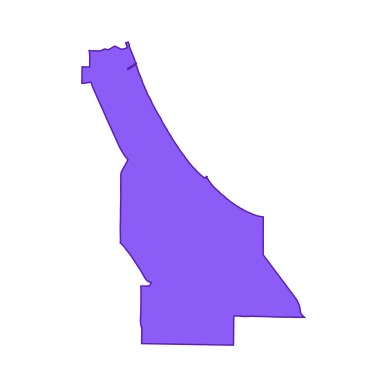 Kingston (Vic.), Victoria, Australia, rotated 172°
{"feature_id": "25037944B58220940224419", "entity_name": "Kingston (Vic.)", "entity_type": "district", "adm_level": 2, "iso_a3": "AUS", "parent_name": "Australia", "parent_adm1": "Victoria", "projection": "albers", "projection_center": [145.1, -38.004], "detail": "fine", "context": "isolated", "style": "filled", "palette": "violet", "viewbox_px": 384, "rotation_deg": 172, "n_neighbors": 0, "source": "geoboundaries", "source_scale": "gbopen_adm2", "svg_char_len": 5996}
<svg xmlns="http://www.w3.org/2000/svg" viewBox="0 0 384 384"><g transform="rotate(172 192 192)"><path d="M124.9,157.4L125.0,157.5L125.4,157.5L126.5,157.8L129.6,158.9L130.4,159.1L130.7,159.3L131.3,159.6L132.0,160.0L132.9,160.4L133.3,160.6L133.6,160.8L134.3,161.0L135.1,161.6L135.7,162.0L138.1,163.5L140.2,164.7L140.5,164.9L141.1,165.3L142.2,166.1L142.9,166.6L143.4,167.0L144.2,167.7L144.5,167.9L144.9,168.1L145.3,168.5L146.3,169.1L146.9,169.7L147.3,170.1L148.3,170.9L148.5,171.1L148.8,171.3L149.9,172.1L150.6,172.8L150.8,173.1L151.6,173.7L151.9,173.9L152.9,174.9L153.2,175.1L154.7,176.5L155.4,177.2L155.5,177.4L156.3,178.0L156.5,178.3L156.6,178.6L156.8,178.8L157.3,179.2L157.5,179.5L158.5,180.5L159.0,180.9L159.4,181.5L159.5,181.7L159.7,181.9L159.8,182.2L160.0,182.4L160.1,182.5L160.4,183.0L160.8,183.3L160.9,183.6L161.2,183.8L161.7,184.2L161.9,184.5L162.1,184.7L162.8,185.4L163.3,185.8L163.6,186.3L164.0,186.6L164.1,187.0L164.3,187.2L164.8,187.7L165.1,188.3L165.4,188.5L165.6,188.7L165.7,188.9L165.9,189.2L166.3,189.7L166.8,190.1L167.2,190.6L167.8,191.4L168.0,191.7L168.1,192.0L168.3,192.2L168.9,192.7L169.4,193.5L169.5,193.8L169.8,194.1L170.0,194.3L170.2,194.6L170.4,194.9L170.6,195.5L170.8,195.8L171.1,196.0L171.3,196.3L171.6,196.8L171.8,197.1L172.0,197.4L172.4,198.4L172.7,199.0L173.3,199.8L173.4,200.1L173.8,200.7L173.9,201.0L173.9,201.3L174.2,202.2L174.6,202.6L174.7,202.9L175.4,203.8L174.9,205.0L175.1,205.1L175.8,203.6L176.0,203.5L176.2,204.0L175.4,205.3L175.6,205.4L176.0,204.7L177.7,204.3L177.8,204.3L178.0,204.4L178.2,204.6L178.4,205.0L178.6,205.2L178.9,205.4L179.1,205.6L180.2,206.7L180.6,207.2L181.2,208.0L181.6,208.5L182.6,209.7L183.0,210.2L183.2,210.4L183.8,211.2L184.4,212.0L184.6,212.2L184.8,212.4L185.4,213.6L185.6,213.9L186.6,215.1L187.0,215.7L187.6,216.4L187.8,216.7L188.1,217.2L188.5,217.8L188.6,218.1L189.0,218.6L189.3,219.1L189.6,219.7L189.9,220.0L190.2,220.5L190.4,220.8L190.7,221.4L190.9,221.6L191.2,222.2L191.3,222.5L191.5,222.8L191.8,223.4L192.3,224.2L192.5,224.4L192.9,225.0L193.4,226.2L193.9,227.1L194.1,227.4L194.2,227.7L194.6,228.6L194.9,229.2L195.2,229.8L195.4,230.0L195.8,230.6L196.1,231.1L196.4,231.7L197.0,232.9L197.5,233.8L198.0,234.6L198.1,234.9L198.3,235.2L198.6,235.8L198.8,236.4L199.1,237.0L199.2,237.4L199.5,238.3L199.9,238.9L200.3,239.8L200.8,240.7L201.3,241.6L201.4,241.8L201.6,242.1L201.8,242.4L202.3,243.7L202.7,244.6L203.0,245.1L203.2,245.3L203.5,246.3L203.9,246.9L204.1,247.5L204.2,247.9L204.6,248.8L204.7,249.1L204.9,249.8L205.2,250.5L205.3,250.8L205.4,251.1L205.8,251.7L206.3,252.5L206.4,252.8L206.7,253.8L207.1,254.4L207.2,254.7L207.4,255.0L207.5,255.7L207.8,256.3L207.9,256.7L208.0,257.0L208.4,258.0L209.0,259.2L209.8,261.1L210.0,261.7L210.1,262.1L210.5,262.6L211.4,264.9L211.7,265.5L212.0,266.9L212.3,267.5L212.4,268.3L212.6,269.0L212.8,269.3L213.2,270.1L213.6,271.1L214.0,272.0L214.4,273.0L214.7,273.6L214.8,273.9L215.0,274.6L215.2,274.9L215.4,275.2L215.6,275.8L215.8,276.5L215.9,276.8L216.2,277.5L216.4,278.1L217.2,280.0L217.5,281.0L217.8,281.7L218.0,282.3L218.3,283.0L218.4,283.3L218.6,283.9L218.9,284.5L219.0,284.8L219.1,285.2L219.3,285.9L219.5,286.6L219.6,287.3L219.7,287.7L219.8,288.1L219.9,288.4L220.1,289.1L220.4,289.7L220.6,290.4L221.1,291.7L221.4,292.3L221.5,292.6L222.0,293.9L222.1,294.3L222.4,294.9L222.7,296.0L222.8,297.0L222.9,297.4L223.1,298.0L223.4,299.1L223.9,300.4L224.1,301.1L224.3,301.8L224.2,302.1L224.4,302.8L224.6,303.2L224.6,303.5L225.0,304.5L225.2,305.2L225.4,305.9L225.5,306.3L225.8,307.8L226.0,308.5L226.1,308.9L226.1,309.4L226.2,309.8L226.2,310.2L226.2,310.6L226.3,311.0L226.6,311.7L226.6,312.1L226.7,312.4L226.9,313.1L227.2,314.7L227.6,315.6L227.9,316.7L228.3,318.2L228.5,319.8L228.6,320.2L228.6,320.6L228.8,321.3L228.9,322.2L229.1,323.7L229.3,324.5L229.4,324.8L229.5,325.2L229.8,325.7L229.8,325.9L229.6,326.0L229.5,326.4L230.9,325.3L232.7,324.8L234.5,323.8L237.8,322.5L238.1,322.3L238.3,322.2L238.7,323.3L236.0,324.4L235.6,324.5L234.8,324.6L234.2,324.9L233.5,325.5L232.2,325.9L231.3,326.6L230.9,326.8L230.4,326.9L230.1,327.0L229.9,327.3L229.8,328.1L229.9,328.4L230.1,328.6L230.3,329.4L230.2,329.9L230.3,330.3L230.5,331.0L230.5,331.4L230.7,332.1L230.7,332.5L231.0,333.6L231.4,334.7L231.5,335.4L231.8,336.5L232.0,337.2L232.1,338.0L232.3,338.7L232.5,339.4L232.6,339.8L232.7,340.1L232.8,340.5L233.0,341.7L233.2,342.4L233.5,343.5L233.6,343.9L233.7,344.7L233.7,345.1L233.8,347.3L233.8,347.7L234.2,348.7L234.4,349.4L236.9,348.9L236.0,343.9L240.8,343.0L241.4,343.3L241.7,343.1L241.9,343.1L242.3,343.2L247.6,346.9L248.2,347.1L248.9,347.0L251.0,346.1L251.7,345.8L255.1,344.5L258.7,345.8L263.2,344.5L272.5,345.9L272.8,346.0L273.4,346.2L274.2,346.3L274.1,344.5L274.4,340.4L276.0,330.0L283.4,331.2L285.9,315.0L284.3,314.7L276.7,314.8L276.0,310.9L275.4,308.3L271.9,296.2L271.4,294.4L267.6,281.3L266.3,276.5L259.3,252.8L257.5,246.5L255.4,241.3L253.7,237.4L250.9,232.8L256.8,224.9L258.8,222.3L259.9,219.9L262.2,204.5L262.2,204.0L263.0,198.0L265.4,183.5L265.7,181.0L268.2,165.3L269.6,153.9L270.1,151.2L269.7,151.0L269.4,150.8L269.1,150.4L267.4,148.1L266.8,147.1L266.1,145.9L265.5,144.8L264.8,143.5L263.5,141.2L262.6,139.7L261.2,137.2L260.3,135.3L258.6,131.6L257.3,128.9L253.7,121.3L250.3,112.8L249.7,111.6L248.7,110.3L247.4,109.3L245.7,108.3L244.9,108.0L245.6,107.0L246.0,106.4L246.2,106.0L246.7,105.6L247.2,105.3L247.7,105.1L248.5,104.9L255.7,106.0L256.5,99.4L257.7,91.0L259.4,80.3L259.7,78.4L259.9,77.8L260.1,76.8L260.9,72.2L261.1,70.5L261.1,70.1L261.1,69.2L261.1,68.4L261.1,65.4L260.5,64.9L263.0,48.9L243.9,45.9L226.7,43.2L204.3,39.6L200.4,39.1L195.4,38.2L176.6,35.3L172.3,34.6L172.0,36.2L170.4,46.6L168.4,60.2L168.1,61.6L167.7,63.4L165.8,63.2L163.1,62.7L158.3,61.6L154.9,61.1L150.9,60.8L146.5,60.0L132.7,57.8L129.7,57.1L116.3,55.0L111.4,54.3L106.8,53.5L99.1,52.4L98.1,52.2L99.0,53.4L99.7,54.1L101.1,56.8L101.4,57.3L101.3,59.5L101.3,62.9L101.6,64.8L102.0,66.5L102.6,68.7L103.3,70.6L104.4,72.8L118.7,98.8L124.3,109.0L130.3,120.0L128.9,129.4L126.9,143.8L124.9,157.4Z" fill="#8b5cf6" stroke="#5b21b6" stroke-width="1.5"/></g></svg>